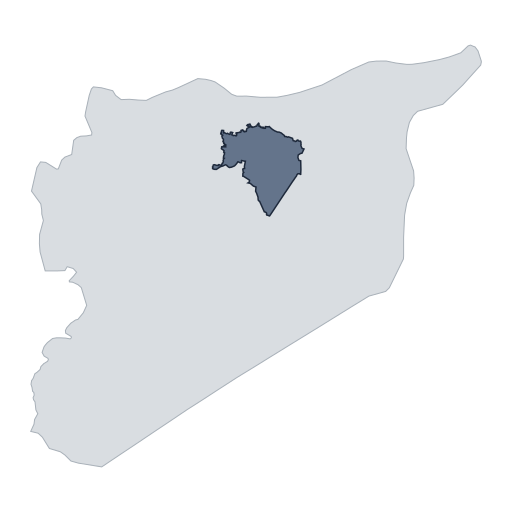 Ar-Raqqa, Ar Raqqah, Syria (highlighted)
{"feature_id": "27442178B57458390277946", "entity_name": "Ar-Raqqa", "entity_type": "district", "adm_level": 2, "iso_a3": "SYR", "parent_name": "Syria", "parent_adm1": "Ar Raqqah", "projection": "natural_earth1", "projection_center": [39.122, 35.826], "detail": "fine", "context": "in_parent", "style": "filled", "palette": "slate", "viewbox_px": 512, "rotation_deg": 0, "n_neighbors": 0, "source": "geoboundaries", "source_scale": "gbopen_adm2", "svg_char_len": 6141}
<svg xmlns="http://www.w3.org/2000/svg" viewBox="0 0 512 512"><path d="M40.5,161.9L45.7,162.4L56.5,169.1L58.3,168.9L61.7,160.1L64.9,157.1L71.7,154.5L73.7,140.3L76.9,137.6L80.7,136.2L86.5,135.9L91.6,135.0L91.9,132.5L85.0,116.1L85.6,112.0L89.2,95.5L91.4,89.0L93.4,86.9L101.5,87.8L112.7,90.7L115.6,95.4L121.1,99.6L129.4,99.3L138.9,100.1L146.3,100.4L152.3,97.4L165.7,91.9L172.4,90.1L178.4,87.6L197.8,78.6L205.6,79.3L210.9,80.5L215.0,81.9L224.1,88.1L231.7,94.3L236.9,96.2L246.5,96.1L260.2,97.3L277.1,97.2L287.0,95.4L299.6,92.4L322.0,85.0L351.5,69.5L368.8,62.0L376.3,61.1L386.1,61.0L395.8,63.0L406.9,64.4L412.0,64.3L423.9,62.7L439.4,59.6L449.1,57.0L460.8,52.8L468.1,45.9L470.5,45.1L473.5,46.4L475.0,46.9L478.0,50.9L481.3,61.1L481.3,62.2L480.7,65.1L473.1,73.5L462.8,85.0L455.4,92.2L442.8,104.3L433.4,106.9L417.6,111.3L413.3,115.5L409.4,122.4L407.1,131.8L406.5,137.6L406.1,148.6L409.9,160.0L413.6,170.9L414.1,178.1L413.8,185.3L410.4,192.9L406.7,203.3L404.6,215.1L403.6,237.2L403.6,256.0L403.4,259.0L396.9,272.3L389.3,287.8L385.7,291.4L368.9,296.1L350.5,307.4L329.9,320.2L311.3,331.7L291.6,343.8L271.2,356.4L256.7,365.4L237.1,377.4L219.3,388.9L201.3,400.6L187.5,409.4L166.7,423.4L154.4,431.6L136.4,443.7L120.5,454.3L101.7,466.9L78.3,463.1L70.9,461.0L64.9,455.0L60.4,451.8L49.4,448.5L42.4,437.2L38.1,433.2L30.7,431.4L34.0,424.2L34.6,419.5L37.8,413.7L35.9,409.9L35.0,401.8L33.6,399.8L33.1,397.7L34.2,395.1L33.8,392.4L32.6,391.3L32.0,387.3L31.0,384.3L31.6,380.6L33.2,378.3L34.9,373.7L36.9,372.4L40.1,369.5L40.9,366.6L43.8,363.6L47.6,361.3L48.4,359.4L47.9,358.3L44.1,356.1L42.1,352.4L44.0,346.9L45.2,345.2L47.5,342.5L52.6,338.5L56.6,337.8L60.0,337.8L65.7,338.1L70.2,338.9L71.4,337.8L71.2,336.5L65.7,333.2L65.4,330.5L66.8,327.7L70.8,323.2L75.5,320.0L77.9,319.4L83.3,312.8L86.7,305.4L81.3,287.6L78.0,284.7L72.6,282.2L69.4,281.9L69.2,280.7L73.5,276.2L76.6,272.2L73.2,268.5L67.2,266.7L64.9,270.6L57.2,270.9L45.2,270.9L40.1,252.0L39.4,243.8L39.6,234.4L43.4,220.5L41.8,214.1L41.7,209.8L40.8,203.9L31.5,191.1L36.9,167.6L40.5,161.9Z" fill="#d9dde1" stroke="#a8b0b8" stroke-width="1"/><path d="M221.9,136.2L222.5,138.4L223.4,139.1L223.5,139.9L223.5,140.2L223.2,140.7L223.4,141.2L223.0,141.7L223.8,142.4L223.7,143.3L224.4,143.7L224.3,144.1L225.8,144.8L225.7,146.8L225.4,146.7L224.9,146.9L224.6,146.6L224.7,145.9L224.2,145.6L223.3,146.2L223.4,146.8L221.7,146.8L221.7,147.6L221.5,147.8L221.4,148.7L222.0,149.2L223.0,149.7L223.1,150.0L224.1,150.8L223.7,152.2L224.6,152.8L224.3,153.5L224.5,154.1L223.8,155.5L223.9,155.9L223.6,156.3L223.5,157.3L223.4,158.1L224.2,158.3L223.5,159.0L223.4,160.0L223.2,160.3L223.1,160.7L223.4,161.7L223.1,162.1L222.6,163.3L222.1,163.4L221.9,164.3L221.6,164.7L221.5,165.1L221.3,165.1L221.0,165.5L220.6,165.2L218.9,164.6L218.0,165.1L218.2,165.5L216.3,165.3L215.6,165.0L214.2,164.7L213.3,165.0L212.9,166.6L212.5,167.0L212.9,167.5L212.6,168.6L213.1,168.9L213.3,168.9L214.1,169.3L216.4,169.4L218.5,168.0L220.7,166.6L222.9,166.0L225.4,164.8L226.1,165.0L227.0,165.5L227.3,166.1L227.7,166.3L228.3,166.9L229.4,167.5L231.4,167.2L232.9,166.6L234.5,165.9L235.6,164.8L236.7,163.5L237.5,162.4L237.7,161.9L238.2,161.8L239.2,162.3L240.2,162.8L241.5,162.7L241.5,162.3L241.4,160.8L241.5,160.5L243.5,160.9L244.4,161.2L244.8,161.1L245.1,161.3L245.4,161.3L244.4,166.3L244.6,168.5L243.5,168.6L242.8,169.1L243.2,172.2L243.7,172.4L242.9,173.5L242.8,176.1L243.2,176.1L249.0,179.8L249.6,180.3L249.2,182.1L248.0,182.9L250.3,183.4L253.4,186.1L256.0,187.0L255.6,191.2L256.6,193.2L258.0,197.1L258.2,200.0L258.7,200.8L259.6,201.3L264.3,211.8L264.5,211.8L264.8,211.9L264.9,212.0L265.0,212.0L265.3,212.1L265.5,212.2L265.7,212.3L265.8,212.3L266.0,212.5L266.3,212.7L266.3,212.8L266.4,213.0L266.5,213.0L266.6,213.3L266.6,213.5L266.6,213.8L266.6,214.0L266.6,214.3L266.5,214.5L266.6,214.8L266.7,215.0L266.8,215.0L267.0,215.1L267.3,215.2L267.5,215.2L267.7,215.3L267.8,215.3L268.0,215.3L269.2,215.9L269.6,215.9L271.2,213.6L285.1,192.6L286.0,191.4L292.5,181.6L293.8,179.8L294.8,178.3L295.3,177.6L296.3,176.2L296.6,175.8L296.8,175.0L297.3,174.3L297.8,173.8L299.6,173.7L300.3,174.4L300.7,174.3L300.7,173.9L300.9,169.6L300.7,160.8L298.9,160.4L297.9,157.5L298.2,155.0L300.5,153.5L302.0,153.2L304.0,149.0L302.1,148.4L301.3,146.7L300.8,145.1L301.1,144.6L300.9,143.2L301.0,142.3L300.5,141.1L300.0,141.3L299.7,141.1L299.1,141.1L298.8,141.0L298.3,140.9L298.0,140.1L297.2,140.1L296.2,141.3L295.3,141.5L295.2,141.2L294.8,141.0L293.2,140.7L292.5,138.3L288.6,136.9L288.2,136.9L287.9,137.1L287.4,137.2L286.5,136.6L284.6,136.5L284.4,135.5L282.8,134.3L281.3,133.0L279.1,132.1L277.6,132.1L275.6,131.2L274.8,130.9L273.2,129.9L272.3,129.3L271.0,128.2L269.2,126.5L268.5,126.8L265.5,126.6L265.4,128.3L263.8,128.3L263.7,127.3L262.2,127.2L262.2,127.9L261.4,127.6L261.3,127.2L260.6,127.3L260.5,126.7L260.3,126.7L260.3,126.3L259.7,126.1L259.3,126.3L259.0,126.2L259.0,125.5L258.8,125.2L258.8,124.7L259.0,124.6L258.9,124.2L258.7,123.9L258.7,123.6L258.9,123.5L258.8,123.3L258.5,123.2L258.4,123.5L257.2,124.7L257.1,125.3L256.6,126.2L255.6,126.2L255.1,126.6L252.3,127.4L252.1,127.3L252.3,127.1L251.9,126.9L252.0,126.7L251.3,126.3L250.7,125.8L250.5,125.1L249.9,124.1L249.6,124.5L249.1,124.8L248.3,124.4L248.1,124.6L247.7,124.6L247.4,124.9L246.9,125.4L247.3,125.7L247.4,126.0L248.9,126.4L249.0,126.7L250.1,126.9L249.0,127.4L248.1,127.8L247.1,128.4L246.6,129.2L246.6,129.8L246.6,130.2L246.2,130.9L246.3,131.4L244.9,131.7L244.9,131.4L244.6,131.4L244.4,131.4L244.1,131.7L243.8,131.5L244.0,131.1L243.2,130.7L242.9,130.0L242.2,129.9L242.0,130.4L241.0,130.5L241.1,131.4L240.7,132.3L239.8,132.1L239.7,132.4L236.1,132.9L236.1,133.5L236.8,133.5L236.6,135.5L236.4,135.7L235.9,135.6L235.8,135.8L234.9,135.4L234.2,135.4L234.0,135.5L233.3,135.6L233.2,135.3L231.8,134.8L232.4,133.1L232.3,132.7L232.5,132.5L230.9,132.1L230.3,132.4L230.1,134.1L229.8,134.4L229.3,134.2L228.9,134.1L227.8,133.6L227.6,133.3L227.1,133.5L226.5,133.7L226.1,133.6L224.4,132.6L223.8,133.0L223.6,132.8L223.6,130.5L221.9,130.3L221.4,131.1L221.4,132.8L221.0,132.8L220.7,133.9L220.8,134.0L221.2,133.9L221.4,134.1L221.7,134.5L221.9,134.7L222.0,135.2L222.7,135.2L222.7,135.4L222.2,135.5L221.9,136.2Z" fill="#64748b" stroke="#1e293b" stroke-width="1.5"/></svg>